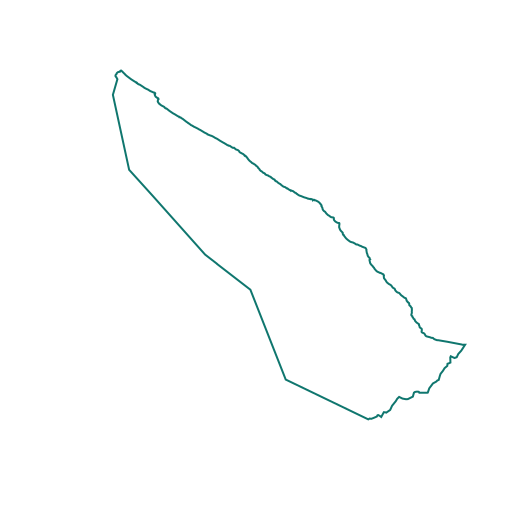 the district of South Guadalcanal, Guadalcanal, Solomon Islands, rotated 217°
{"feature_id": "97153195B58101898205888", "entity_name": "South Guadalcanal", "entity_type": "district", "adm_level": 2, "iso_a3": "SLB", "parent_name": "Solomon Islands", "parent_adm1": "Guadalcanal", "projection": "orthographic", "projection_center": [160.082, -9.739], "detail": "fine", "context": "isolated", "style": "outline", "palette": "teal", "viewbox_px": 512, "rotation_deg": 217, "n_neighbors": 0, "source": "geoboundaries", "source_scale": "gbopen_adm2", "svg_char_len": 6016}
<svg xmlns="http://www.w3.org/2000/svg" viewBox="0 0 512 512"><g transform="rotate(217 256 256)"><path d="M35.6,311.0L36.3,310.5L37.6,309.4L38.5,309.1L51.3,302.8L59.8,298.4L60.8,297.7L62.4,297.2L63.6,296.9L64.3,296.9L65.2,297.0L65.5,297.0L66.7,296.2L68.2,295.8L71.3,294.5L71.8,294.4L72.6,294.4L74.7,295.3L75.2,295.3L75.7,295.3L76.9,294.9L77.6,294.9L78.0,295.0L78.3,295.3L78.6,295.8L78.8,296.4L79.2,296.9L79.8,297.5L80.2,297.6L81.8,297.5L82.4,297.6L83.2,298.4L84.0,298.7L84.8,299.6L87.7,299.5L89.4,299.8L90.1,300.0L90.8,300.5L91.2,300.8L92.3,300.7L92.9,301.0L93.5,301.3L94.2,301.4L94.9,302.0L95.7,302.0L96.1,302.1L96.7,302.7L97.2,304.1L97.4,304.5L98.4,305.7L99.0,306.8L99.5,307.2L99.9,307.8L100.2,308.2L101.0,308.3L102.4,308.9L103.6,308.9L104.1,309.1L105.0,310.2L105.5,310.5L106.8,310.4L107.0,310.4L107.2,310.7L108.7,310.9L109.7,311.7L110.8,312.4L111.1,312.4L111.9,312.1L112.3,312.0L113.7,312.0L114.6,312.1L115.8,312.0L116.9,312.1L119.0,312.6L119.6,312.6L120.9,312.1L122.0,312.0L123.8,312.3L124.5,312.6L124.9,313.0L125.9,313.3L126.9,313.1L127.9,313.1L130.1,313.8L131.1,313.9L133.1,313.6L135.5,313.7L136.8,314.1L137.7,314.6L138.3,314.7L140.4,315.3L141.6,316.5L141.8,316.9L142.0,317.3L142.3,317.3L142.7,317.8L143.2,318.0L145.8,317.5L146.3,317.5L147.1,317.0L148.1,316.9L149.7,316.5L151.3,316.6L153.9,317.2L154.8,317.7L155.5,317.7L156.6,318.1L158.6,318.4L160.0,318.8L160.5,319.0L163.0,321.1L163.1,321.4L162.9,322.0L163.3,322.1L164.1,322.8L165.8,323.0L167.0,323.5L168.2,324.5L169.4,325.2L171.3,327.0L171.4,327.3L171.7,327.6L172.9,328.2L173.5,328.3L176.8,327.3L178.3,327.1L179.3,326.7L181.6,326.3L182.0,326.2L182.6,325.7L183.1,325.5L184.4,325.5L186.5,325.2L188.7,324.3L189.8,324.1L192.4,324.1L193.8,324.2L194.7,324.3L197.7,325.1L198.1,325.4L198.6,325.6L198.8,325.6L199.1,325.4L199.5,325.6L200.2,326.0L200.4,326.4L200.8,326.8L203.5,327.2L204.9,327.7L205.8,328.3L206.9,329.0L207.6,330.0L208.4,331.3L208.5,331.6L209.1,332.3L209.4,332.4L210.2,331.9L210.9,331.6L211.9,331.4L213.5,331.3L215.0,331.6L215.7,331.9L216.6,333.1L216.9,333.3L217.4,333.3L219.2,332.3L219.8,332.2L220.4,332.1L221.0,332.2L221.7,332.2L223.2,332.0L225.5,332.3L227.4,332.9L228.8,332.8L229.8,333.0L230.7,333.3L232.1,334.5L233.8,335.2L234.1,335.9L235.0,336.1L235.2,336.3L236.5,336.4L237.0,336.7L238.9,336.8L240.2,336.6L241.8,336.3L242.5,336.0L242.8,336.0L242.9,335.8L243.1,335.9L243.3,335.7L243.7,335.7L243.8,335.6L243.8,335.3L244.3,335.1L244.3,334.9L244.6,335.1L245.1,335.1L245.7,334.8L246.0,334.8L246.6,334.5L246.6,334.2L247.4,333.9L247.7,333.7L248.6,333.4L248.8,333.1L249.3,333.0L250.6,332.7L252.9,331.8L256.0,331.0L257.7,330.4L258.4,330.3L259.9,330.2L260.5,330.3L261.0,330.1L261.8,330.3L262.3,330.3L263.0,330.0L265.3,330.1L266.0,329.9L266.3,329.8L267.1,329.5L267.2,329.3L267.4,329.5L268.0,329.4L268.7,328.9L271.6,328.9L271.7,328.6L272.6,328.5L273.9,328.6L275.9,327.9L278.4,327.9L279.9,328.1L280.7,327.9L282.6,327.8L284.3,328.0L284.8,327.9L285.0,327.7L286.4,327.7L287.0,328.2L287.3,328.2L288.7,327.8L289.3,327.9L289.9,327.8L290.3,327.9L291.2,327.8L291.6,328.0L292.0,328.0L293.4,327.6L294.5,327.5L294.8,327.6L296.1,327.1L297.4,326.8L298.0,326.9L298.2,327.1L299.1,327.2L300.2,326.8L302.2,327.0L302.7,327.0L303.2,326.8L304.8,327.0L305.2,327.3L307.0,327.7L307.6,327.7L308.0,328.0L308.7,328.2L310.2,328.1L310.8,328.3L311.4,328.4L312.7,328.2L313.5,328.3L314.0,328.1L315.4,327.9L316.2,328.1L317.9,328.1L319.3,328.3L320.5,328.6L321.2,328.8L321.9,329.1L322.6,329.3L322.8,329.2L323.2,329.3L323.5,329.5L323.9,329.6L324.8,329.6L325.1,329.5L325.3,329.6L325.7,329.6L325.8,329.5L325.8,329.4L326.3,329.6L327.6,329.7L328.5,329.5L330.1,329.3L330.3,329.2L331.4,329.1L331.9,329.2L332.7,329.6L334.1,329.7L336.3,329.0L338.2,329.2L338.8,329.2L339.2,328.7L339.8,328.4L340.8,328.3L343.3,328.2L344.3,327.6L344.7,327.7L345.5,327.3L346.7,327.3L348.2,327.1L349.1,327.1L349.9,326.9L354.1,326.4L357.4,326.2L358.7,326.0L359.2,325.8L361.7,325.6L363.9,325.2L364.5,324.9L366.3,324.4L366.5,324.3L366.9,324.3L367.9,323.9L368.3,324.1L369.2,324.0L371.8,323.5L372.8,323.5L373.1,323.4L376.5,323.1L377.1,322.9L379.2,322.7L382.0,322.2L382.8,322.0L383.0,321.9L384.2,321.9L384.7,321.7L385.7,321.7L386.7,321.4L387.7,321.5L389.0,321.4L389.9,321.5L390.2,321.3L390.7,321.4L392.4,321.3L397.2,321.4L397.6,321.3L398.9,321.2L399.4,321.3L400.3,320.9L400.7,321.0L400.9,320.7L401.5,320.9L402.6,320.6L406.2,320.3L408.1,320.0L412.6,319.8L415.6,319.9L416.4,319.9L416.7,319.6L417.3,319.5L417.8,319.5L418.4,319.6L418.7,319.8L419.3,319.8L422.2,319.3L424.1,319.3L424.7,319.3L424.8,319.5L425.6,319.5L426.6,319.8L427.5,320.3L427.6,320.7L428.2,321.4L428.3,322.2L428.2,322.5L428.7,323.0L429.2,323.1L429.7,322.8L430.8,322.9L431.9,322.8L433.3,323.4L433.7,323.7L433.7,323.9L433.8,324.1L434.1,324.1L434.2,324.5L434.4,325.3L434.9,325.4L435.4,325.4L436.0,324.9L436.6,324.9L437.1,324.7L438.2,324.5L439.6,324.1L442.5,323.9L444.1,323.5L444.8,323.4L446.4,323.1L447.2,323.2L451.8,322.9L453.0,322.6L453.2,322.4L453.8,322.4L454.4,322.5L455.3,322.3L455.5,322.7L456.1,322.7L456.5,322.5L457.9,322.3L462.1,322.0L467.8,322.0L469.8,322.2L469.9,322.3L473.0,322.7L473.8,322.9L474.6,322.9L474.8,322.9L475.2,322.9L475.3,322.9L475.4,322.4L475.7,322.3L475.8,321.6L475.6,321.4L476.0,321.0L476.1,320.6L476.5,320.3L477.0,319.5L477.2,318.2L476.9,317.2L477.0,317.0L477.0,315.9L476.6,315.2L476.3,315.0L475.8,314.9L475.4,314.7L474.9,314.7L474.3,314.3L473.1,313.8L467.3,298.6L409.2,248.5L374.3,241.8L297.5,226.5L282.4,226.3L282.3,226.2L240.2,225.7L157.9,175.2L68.0,193.1L67.4,194.6L66.0,195.3L64.7,197.3L62.9,200.5L63.1,201.9L62.7,202.5L60.8,202.8L59.1,202.8L59.9,208.2L58.4,209.1L57.7,209.3L56.2,213.8L57.2,218.3L57.0,224.2L57.3,226.9L56.9,229.6L53.2,230.3L50.0,231.9L48.6,233.1L46.1,238.1L47.6,241.9L47.2,243.1L46.0,244.4L44.9,245.2L44.2,245.5L43.3,245.1L36.9,249.9L36.6,250.3L38.0,254.6L38.0,260.7L36.4,264.3L36.3,265.6L35.5,267.0L37.1,271.1L37.7,273.0L37.6,276.8L37.9,280.0L37.1,283.3L38.2,285.2L37.3,286.5L36.6,287.9L39.8,291.9L40.1,293.1L36.1,294.0L34.8,296.0L35.5,299.5L35.1,303.9L35.6,311.0Z" fill="none" stroke="#0f766e" stroke-width="2"/></g></svg>